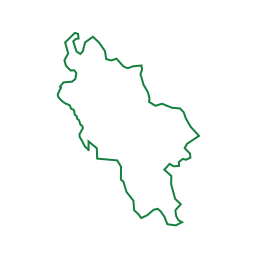 Toktogul, Jalal-Abad, Kyrgyzstan, rotated 226°
{"feature_id": "92254566B9187696742897", "entity_name": "Toktogul", "entity_type": "district", "adm_level": 2, "iso_a3": "KGZ", "parent_name": "Kyrgyzstan", "parent_adm1": "Jalal-Abad", "projection": "albers", "projection_center": [73.19, 41.788], "detail": "fine", "context": "isolated", "style": "outline", "palette": "green", "viewbox_px": 256, "rotation_deg": 226, "n_neighbors": 0, "source": "geoboundaries", "source_scale": "gbopen_adm2", "svg_char_len": 1763}
<svg xmlns="http://www.w3.org/2000/svg" viewBox="0 0 256 256"><g transform="rotate(226 128 128)"><path d="M138.8,83.7L140.8,85.6L145.8,90.3L135.2,91.5L127.4,84.6L112.2,97.7L105.0,96.1L95.8,87.0L92.8,87.5L83.0,82.5L71.9,81.4L64.6,75.3L58.3,75.6L54.1,74.9L51.9,81.2L51.4,89.5L49.3,93.2L45.3,93.6L38.8,92.5L31.4,89.5L24.8,94.7L22.7,101.4L26.7,100.2L31.3,101.5L35.9,104.9L36.5,113.0L44.3,112.7L57.8,120.1L63.3,125.8L72.8,125.2L73.3,133.0L68.8,134.2L65.3,138.4L68.2,141.0L67.7,145.9L64.8,147.8L63.3,152.2L66.4,154.8L74.2,154.8L75.6,159.6L73.0,173.6L85.4,173.9L95.1,176.4L100.6,179.0L105.9,179.0L112.1,173.6L118.5,170.8L119.3,170.5L119.5,170.4L121.9,169.2L124.9,163.2L132.2,161.3L134.6,164.2L139.8,167.1L148.5,169.3L158.1,174.4L160.2,178.6L163.6,181.1L169.0,174.3L171.1,169.4L175.4,167.5L185.8,167.9L188.3,162.8L192.8,160.2L199.2,164.8L209.2,166.5L218.0,166.2L219.4,156.7L214.5,148.6L214.4,145.1L218.8,144.1L228.4,148.8L228.3,152.4L226.7,154.6L230.5,157.4L233.3,155.8L233.2,142.2L223.2,136.8L220.9,129.3L215.8,126.6L209.2,126.7L206.9,129.4L203.4,129.0L199.9,124.3L200.1,120.1L205.6,113.3L205.0,107.7L203.7,108.0L203.2,107.3L202.9,105.5L202.3,104.2L201.7,103.1L201.5,101.6L200.5,100.4L199.8,99.9L198.7,99.5L197.1,99.3L194.4,99.2L192.7,99.3L190.8,99.7L189.2,100.0L187.4,100.8L184.9,101.8L183.4,101.4L181.8,100.5L180.9,100.6L179.2,101.5L178.1,101.3L176.9,100.8L175.6,99.5L174.7,99.1L173.6,99.0L172.5,99.3L171.4,98.9L170.3,98.0L169.2,97.9L168.1,98.2L166.9,97.9L165.8,97.3L164.0,96.3L163.7,96.2L162.9,96.1L162.1,96.5L160.9,96.4L160.2,96.1L159.5,95.6L159.0,94.9L158.8,94.6L158.7,93.4L158.0,91.5L157.3,89.0L156.6,88.2L155.9,87.6L154.8,86.9L152.1,86.3L150.0,85.8L145.3,84.3L143.7,84.1L141.1,84.5L139.7,84.3L138.8,83.7Z" fill="none" stroke="#15803d" stroke-width="2"/></g></svg>